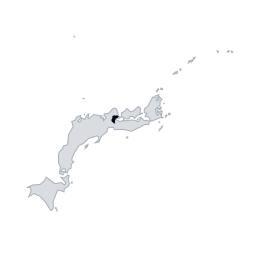 Ōsaka on a map of Japan (Albers equal-area conic projection), rotated 192°
{"feature_id": "JPN-1852", "entity_name": "Ōsaka", "entity_type": "Urban Prefecture", "adm_level": 1, "iso_a3": "JPN", "parent_name": "Japan", "parent_adm1": "", "projection": "albers", "projection_center": [135.469, 34.636], "detail": "fine", "context": "in_parent", "style": "filled", "palette": "ink", "viewbox_px": 256, "rotation_deg": 192, "n_neighbors": 0, "source": "natural_earth", "source_scale": "10m", "svg_char_len": 4567}
<svg xmlns="http://www.w3.org/2000/svg" viewBox="0 0 256 256"><g transform="rotate(192 128 128)"><path d="M181.9,68.6L185.7,69.4L185.9,75.7L188.7,79.6L190.5,87.5L190.2,90.5L187.8,93.9L187.4,97.3L184.8,98.1L183.8,99.9L184.7,109.5L181.9,118.0L184.4,122.6L181.3,124.8L180.7,127.9L176.9,130.6L176.6,127.0L178.6,124.2L176.5,123.6L175.2,126.0L175.5,128.4L172.2,127.3L171.1,131.5L169.3,133.6L168.9,130.3L169.6,129.8L168.2,128.9L164.3,134.0L155.6,134.3L157.2,132.5L154.8,132.0L154.1,132.9L153.5,130.0L151.5,133.5L154.2,135.7L154.0,136.8L150.0,138.2L146.8,144.0L145.0,144.7L143.2,144.1L140.6,139.8L140.4,137.2L142.9,134.1L137.7,132.7L125.3,136.8L118.9,136.4L117.4,141.0L114.3,138.8L107.9,139.3L108.8,135.4L111.5,135.3L123.9,125.5L131.9,125.7L141.0,123.5L142.2,125.6L146.6,124.8L148.0,123.3L147.8,120.0L152.5,114.1L153.5,108.1L157.1,106.7L154.0,110.6L154.9,113.2L156.6,113.9L164.6,109.4L168.6,103.4L172.1,100.9L175.0,93.5L176.6,86.4L176.0,84.3L174.1,83.8L175.9,80.5L175.4,76.7L177.6,75.0L178.2,71.4L179.9,71.6L180.9,75.0L183.6,74.3L184.3,71.3L181.2,72.1L181.1,71.0L181.9,68.6ZM200.3,43.1L206.5,44.3L210.7,40.2L209.7,46.5L211.4,49.7L214.7,48.6L208.8,52.7L202.3,54.4L198.9,59.0L197.8,63.0L187.8,58.3L181.9,60.8L178.2,59.0L177.3,61.5L183.3,65.8L179.8,65.9L177.3,69.3L175.6,69.2L175.9,65.1L173.9,61.8L173.9,59.0L177.7,55.4L177.3,52.2L182.5,53.0L184.1,52.0L186.0,40.8L184.5,34.7L184.9,32.4L186.6,31.3L193.5,38.5L200.3,43.1ZM109.8,142.9L113.8,143.0L112.5,146.1L115.3,146.4L116.0,149.9L113.1,153.7L110.2,163.5L108.1,163.1L108.2,164.8L104.8,166.9L105.8,160.5L104.0,161.7L104.1,165.3L100.7,163.0L102.2,161.3L101.4,156.7L105.2,151.9L104.0,151.5L104.5,149.9L102.2,146.5L101.3,147.1L101.6,149.5L102.8,149.6L102.8,151.0L100.6,150.2L98.2,152.0L97.8,147.4L100.2,149.5L97.1,145.7L106.3,139.7L108.1,140.3L109.8,142.9ZM131.5,136.5L136.8,137.7L137.6,141.5L134.8,143.5L133.2,146.9L128.9,144.3L126.2,145.7L122.3,151.3L119.9,149.7L119.4,144.8L116.4,145.6L121.2,142.5L123.6,138.7L125.6,140.3L128.6,139.6L128.8,137.4L131.5,136.5ZM82.4,206.3L78.9,208.0L78.2,210.7L76.9,211.1L79.5,205.7L81.0,206.1L82.5,204.2L82.4,206.3ZM166.2,101.4L163.7,103.7L163.8,101.4L165.6,99.1L165.3,101.4L166.2,101.4ZM95.5,189.8L92.6,193.2L91.0,192.0L95.5,189.8ZM100.6,155.3L99.6,155.1L100.1,152.6L101.4,152.4L100.6,155.3ZM139.1,137.2L137.1,137.1L139.7,134.8L138.9,136.1L139.1,137.2ZM104.0,173.9L102.5,173.8L102.1,172.6L104.2,172.7L104.0,173.9ZM97.0,133.4L95.3,134.9L96.9,132.0L97.0,133.4ZM106.7,172.8L106.0,172.3L107.7,168.8L107.6,170.5L106.7,172.8ZM89.7,149.5L91.0,149.7L91.4,150.8L89.8,151.1L89.7,149.5ZM95.8,135.8L94.6,137.0L94.9,135.4L95.8,135.8ZM43.1,224.7L41.3,224.4L41.3,224.2L42.2,223.4L43.1,224.7ZM127.4,119.0L126.4,119.3L126.2,118.2L126.9,117.8L127.4,119.0ZM93.0,149.1L92.4,148.1L93.4,146.4L93.9,147.8L93.0,149.1ZM46.8,223.0L46.2,224.4L45.3,224.4L44.9,223.5L46.8,223.0ZM89.3,196.8L88.4,196.7L88.6,195.1L89.0,195.1L89.3,196.8ZM182.5,35.1L181.5,34.9L181.4,34.4L182.2,34.1L182.5,35.1ZM103.7,152.8L102.3,153.6L101.9,153.2L103.7,152.8ZM171.6,63.6L171.1,62.7L171.9,62.3L171.6,63.6ZM117.9,140.6L118.7,140.3L119.8,140.3L117.9,140.6ZM180.8,32.2L180.7,33.8L180.2,32.1L180.8,32.2ZM96.6,145.2L95.4,146.1L97.1,144.5L96.6,145.2ZM56.9,221.9L55.4,221.9L55.7,220.6L56.0,221.3L56.9,221.9ZM99.0,140.2L98.1,141.0L98.5,139.9L99.0,140.2ZM134.5,134.8L133.9,135.8L133.3,134.9L134.5,134.8ZM91.7,192.7L91.4,193.4L91.2,192.6L91.7,192.7ZM173.7,132.0L173.5,132.8L173.3,132.0L173.7,132.0ZM98.0,159.7L97.3,159.9L98.0,159.3L98.0,159.7ZM120.6,137.9L120.6,138.8L119.9,138.7L120.6,137.9ZM177.9,147.6L177.1,147.8L177.1,147.3L177.9,147.6ZM199.8,206.1L199.9,207.0L199.3,206.0L199.8,206.1Z" fill="#d9dde1" stroke="#a8b0b8" stroke-width="1"/><path d="M140.3,137.1L140.5,136.9L141.3,136.7L141.6,136.3L141.8,136.1L142.1,135.8L142.4,135.5L142.5,135.3L142.5,135.1L142.7,134.9L142.8,134.8L142.9,134.6L142.9,134.4L142.9,134.2L142.8,133.9L142.8,133.7L142.8,133.4L143.0,133.2L143.1,132.7L143.0,132.4L143.0,132.2L143.0,131.9L143.0,131.5L143.1,131.4L142.7,131.2L142.5,130.9L142.5,130.5L143.0,130.6L143.3,130.9L143.4,131.1L143.5,131.2L143.8,131.3L144.0,131.3L144.0,131.2L144.3,131.2L144.4,131.3L144.5,131.3L144.9,131.9L145.1,132.2L145.1,132.3L145.2,132.5L144.9,133.2L144.9,133.4L144.8,133.5L144.6,134.2L144.5,134.7L144.5,134.8L144.7,135.0L144.8,135.2L144.9,135.5L144.9,135.8L144.8,136.0L144.8,136.3L144.7,136.4L144.3,136.4L143.7,136.7L143.6,136.8L143.4,136.7L143.2,136.7L142.2,137.0L141.1,137.3L140.6,137.3L140.4,137.2L140.3,137.1ZM141.2,135.8L141.5,135.6L141.6,135.8L141.4,136.0L141.3,135.9L141.2,135.8Z" fill="#0f172a" stroke="#020617" stroke-width="1.5"/></g></svg>